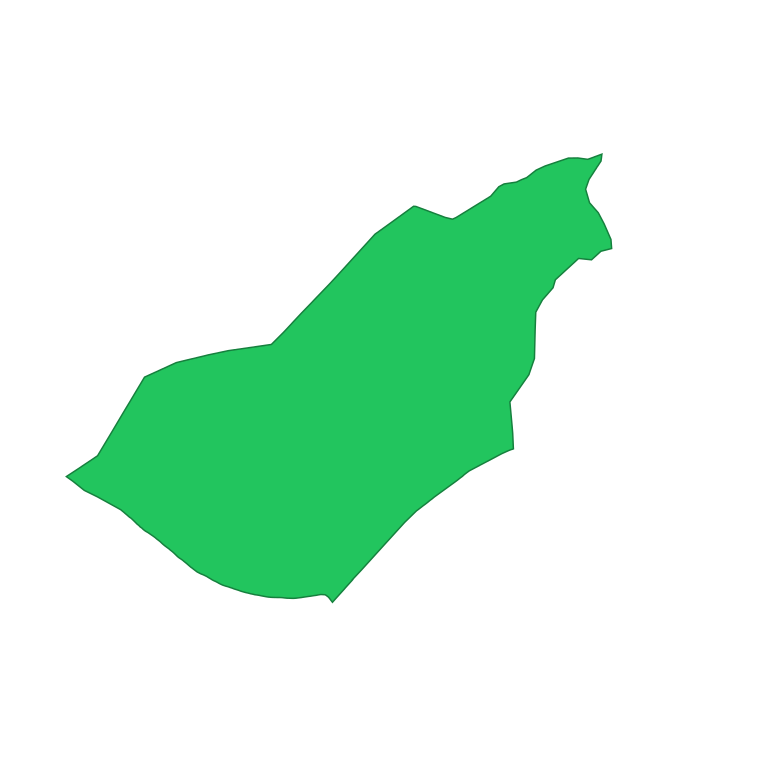 Ash Sharyah, Al Bayda', Yemen, rotated 234°
{"feature_id": "15242507B68116415632307", "entity_name": "Ash Sharyah", "entity_type": "district", "adm_level": 2, "iso_a3": "YEM", "parent_name": "Yemen", "parent_adm1": "Al Bayda'", "projection": "equal_earth", "projection_center": [45.055, 14.284], "detail": "fine", "context": "isolated", "style": "filled", "palette": "green", "viewbox_px": 768, "rotation_deg": 234, "n_neighbors": 0, "source": "geoboundaries", "source_scale": "gbopen_adm2", "svg_char_len": 3314}
<svg xmlns="http://www.w3.org/2000/svg" viewBox="0 0 768 768"><g transform="rotate(234 384 384)"><path d="M509.3,513.7L510.4,512.4L510.4,485.0L510.5,464.8L503.7,431.9L500.4,416.0L497.3,400.6L497.1,399.6L493.7,380.4L492.2,372.3L489.8,358.5L487.7,347.6L485.9,338.6L484.8,332.7L482.2,316.1L502.5,277.6L510.4,259.9L510.9,258.8L512.5,254.8L519.0,239.2L523.4,228.5L530.3,194.3L520.2,170.7L519.4,168.9L515.5,159.6L514.0,156.1L504.9,135.0L494.3,110.1L495.2,85.6L495.8,73.0L495.8,72.6L488.3,75.1L474.1,79.0L461.0,85.9L437.1,97.1L435.1,97.6L433.3,98.1L431.4,98.5L429.4,99.0L427.6,99.4L425.9,99.8L424.0,100.5L421.9,100.9L419.6,101.3L417.7,101.6L415.7,101.9L413.7,102.5L411.8,102.7L409.8,103.4L408.0,103.7L406.1,104.2L404.3,104.9L402.6,105.7L400.6,106.4L398.3,107.2L398.1,107.3L396.3,107.9L394.5,108.5L392.3,109.0L390.0,109.7L387.9,110.3L386.1,110.6L384.1,111.0L381.8,111.6L379.6,112.3L378.6,112.6L377.5,113.0L375.3,113.5L372.9,114.2L370.6,114.7L367.7,115.2L365.8,115.5L364.0,116.0L361.8,116.8L359.9,117.5L358.1,117.9L356.3,118.4L353.9,119.0L351.7,119.5L349.5,120.0L347.7,120.6L345.9,121.1L343.9,121.7L341.9,122.3L339.9,123.3L338.1,124.2L336.1,125.5L334.1,126.6L332.4,127.5L330.6,128.2L328.8,129.0L327.0,129.7L325.1,130.6L323.2,131.7L321.4,132.6L319.4,133.5L317.5,134.5L316.8,134.9L315.8,135.5L313.3,137.3L311.6,138.7L309.8,139.9L308.2,141.1L306.3,142.3L304.2,143.9L302.4,145.2L301.8,145.6L300.3,146.6L298.5,148.0L296.6,149.5L294.6,151.3L292.7,152.8L291.1,154.3L289.5,155.6L288.1,157.1L286.6,158.6L284.9,160.1L282.9,162.0L281.2,163.6L279.7,165.1L278.4,166.6L278.1,166.9L276.8,168.5L275.2,170.6L273.9,172.3L272.6,174.1L270.9,176.2L269.2,178.0L267.7,179.7L266.4,181.4L264.9,183.3L263.9,184.6L263.6,185.1L263.0,186.0L262.4,187.0L261.2,189.2L259.9,191.5L258.8,193.7L257.7,195.8L256.6,197.9L255.5,199.9L254.1,202.7L253.0,204.7L251.9,207.1L250.8,209.2L249.5,210.8L248.0,212.6L246.3,213.2L245.8,213.3L244.3,213.8L243.8,213.8L242.7,213.9L240.5,213.9L238.0,214.0L237.7,214.0L238.6,218.1L241.6,232.2L241.7,232.4L242.5,236.2L243.7,241.9L244.1,243.6L244.3,243.5L246.8,256.5L253.6,289.0L259.9,319.4L262.3,335.8L262.3,338.2L262.4,341.3L262.5,344.1L262.5,346.7L262.6,350.0L262.8,352.9L262.8,355.4L263.0,358.1L263.0,360.7L263.0,363.6L263.0,366.7L263.0,369.0L263.0,372.2L263.0,374.9L263.0,377.8L263.0,380.1L263.0,382.7L263.0,385.3L263.1,388.4L263.2,390.7L263.2,393.1L263.5,395.7L263.6,398.9L263.6,401.8L263.6,402.0L261.9,414.1L261.5,416.7L258.4,438.4L257.9,440.8L257.3,443.7L256.8,446.0L256.2,448.3L255.4,450.4L255.0,450.3L256.6,451.3L268.4,459.1L275.0,463.1L295.5,475.3L302.0,494.1L306.4,506.8L307.1,507.7L312.5,515.4L316.2,520.7L339.1,538.2L352.9,549.0L358.9,561.6L362.5,577.3L367.6,583.9L371.2,615.2L362.5,624.9L363.9,637.5L359.8,647.8L367.6,652.6L369.1,652.9L384.1,656.2L396.5,658.0L409.8,656.8L423.1,661.6L429.0,670.1L432.1,678.2L433.0,680.5L433.6,682.2L434.3,683.8L434.4,684.1L434.8,685.3L435.6,687.4L436.3,689.2L436.8,690.6L437.9,691.6L439.1,692.8L440.2,693.8L441.3,694.8L441.9,695.4L442.7,692.5L443.2,690.7L443.6,689.3L443.9,688.3L444.3,686.7L444.8,685.0L445.0,684.3L445.3,683.3L446.0,680.9L452.9,673.7L458.4,665.9L465.7,642.4L467.6,632.8L467.1,620.7L468.5,615.3L469.5,609.8L475.3,598.7L476.1,592.9L473.2,580.7L476.3,540.1L477.1,536.3L482.8,531.4L509.0,514.1L509.3,513.7Z" fill="#22c55e" stroke="#15803d" stroke-width="1.5"/></g></svg>